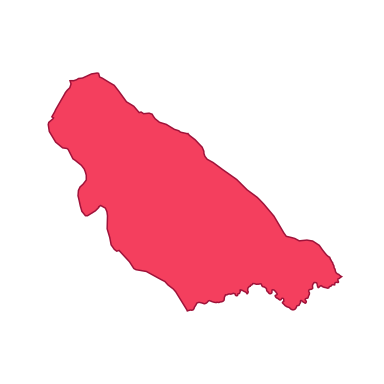 Kusmah, Raymah, Yemen, rotated 344°
{"feature_id": "15242507B80532474119851", "entity_name": "Kusmah", "entity_type": "district", "adm_level": 2, "iso_a3": "YEM", "parent_name": "Yemen", "parent_adm1": "Raymah", "projection": "robinson", "projection_center": [43.699, 14.546], "detail": "fine", "context": "isolated", "style": "filled", "palette": "rose", "viewbox_px": 384, "rotation_deg": 344, "n_neighbors": 0, "source": "geoboundaries", "source_scale": "gbopen_adm2", "svg_char_len": 6054}
<svg xmlns="http://www.w3.org/2000/svg" viewBox="0 0 384 384"><g transform="rotate(344 192 192)"><path d="M312.5,314.6L312.1,314.2L311.0,312.9L310.3,311.6L309.2,310.8L308.4,309.6L308.0,308.1L308.1,306.9L308.2,305.5L307.9,304.7L307.7,303.9L308.0,302.5L308.0,301.8L307.6,300.1L307.7,298.8L307.0,297.0L306.9,295.7L306.5,295.1L306.5,293.8L306.3,292.6L305.4,291.8L304.0,289.7L302.9,287.2L301.4,283.5L299.6,278.3L294.5,272.4L289.2,269.9L281.6,268.5L278.0,265.0L274.9,263.1L270.4,260.6L269.0,256.7L267.2,249.7L264.1,237.8L257.7,223.5L254.7,217.8L253.2,215.1L245.6,205.2L238.4,192.3L227.7,179.0L220.5,169.6L215.6,164.7L214.2,161.2L214.1,158.2L214.6,156.0L214.1,151.7L212.0,147.7L209.5,142.8L205.1,136.8L204.3,134.9L204.2,135.0L197.4,131.3L196.2,129.5L192.3,126.9L185.9,119.9L179.9,116.0L176.7,111.4L175.7,108.6L175.1,106.2L172.5,104.4L167.1,103.4L165.1,101.1L163.1,101.1L159.7,93.6L158.2,91.9L153.9,87.3L149.3,74.7L146.6,68.0L146.2,67.6L142.2,63.4L137.1,57.8L134.9,56.0L134.9,52.2L133.6,51.5L127.9,50.8L118.1,52.3L114.1,51.6L112.8,52.1L111.4,52.3L109.0,52.4L105.4,51.4L105.5,54.8L103.3,58.1L100.1,59.8L97.6,61.6L96.9,62.4L83.6,75.3L82.2,77.0L78.0,81.1L79.3,82.6L79.0,82.9L78.3,83.4L73.5,85.6L72.4,87.5L71.5,94.5L74.7,106.5L79.8,113.9L83.8,115.7L84.7,116.9L86.7,127.3L88.4,129.3L93.0,135.8L94.7,140.1L95.0,143.0L95.0,146.7L94.6,148.1L93.7,151.3L89.4,154.5L85.9,156.2L83.3,159.1L81.4,164.2L81.2,169.0L80.8,174.6L80.8,180.2L83.0,185.4L84.2,185.8L85.0,186.0L93.9,183.5L98.2,181.1L98.3,180.5L100.5,179.8L104.3,183.6L104.8,187.5L104.2,191.6L100.3,204.0L100.4,213.2L99.7,220.5L101.5,225.7L103.3,228.1L105.8,228.1L112.7,241.9L115.0,249.5L116.7,251.2L126.2,255.8L138.1,267.6L141.3,270.6L143.3,274.7L147.3,280.1L148.9,283.6L154.5,303.6L154.6,304.3L154.7,305.0L155.3,304.9L155.7,305.0L157.1,305.0L157.8,305.0L158.4,305.2L159.2,305.6L160.0,305.6L160.8,305.5L161.4,305.0L161.8,304.6L162.2,304.0L162.6,303.4L163.2,302.9L164.0,302.2L164.6,301.7L165.2,301.0L165.8,300.4L166.4,300.0L166.9,300.0L168.1,300.0L168.8,300.2L169.5,300.6L170.3,301.0L171.1,301.5L172.0,302.1L172.4,302.4L172.9,302.8L173.6,302.9L174.8,302.8L175.4,302.6L176.3,302.2L177.2,301.6L177.8,301.2L178.6,301.2L179.0,301.3L179.9,302.0L180.5,302.4L181.0,302.9L183.1,304.2L184.8,305.0L185.5,304.8L187.3,305.6L187.9,305.6L188.6,305.5L189.1,305.5L190.0,305.7L190.7,305.7L191.5,305.6L192.3,305.3L193.0,304.8L193.6,303.5L193.8,302.9L194.2,302.0L194.6,301.6L195.2,301.0L195.5,300.4L195.9,300.1L196.3,300.2L196.9,300.5L197.7,300.4L198.5,300.2L199.1,300.2L199.6,300.2L200.2,300.5L200.8,300.8L201.4,300.9L202.4,300.9L203.2,300.8L203.9,300.8L204.4,301.2L205.2,301.6L205.4,302.1L205.4,302.3L205.3,302.6L205.3,303.0L205.5,303.3L205.7,303.7L206.2,304.0L206.5,304.1L206.9,304.1L207.1,304.0L207.4,303.8L207.7,303.3L207.9,302.9L208.1,302.6L208.4,302.5L209.1,302.6L209.4,302.6L209.7,302.5L210.0,302.1L210.8,301.0L211.1,300.8L211.3,300.6L211.3,300.3L211.1,299.6L211.6,299.4L212.1,299.6L213.3,300.5L214.3,301.5L214.9,302.1L215.9,302.9L216.3,303.5L216.6,304.2L216.9,305.0L217.5,304.8L218.5,303.6L218.5,303.2L218.4,302.6L218.4,301.8L218.6,301.3L218.8,300.9L219.0,300.2L219.5,299.6L220.1,299.2L221.0,298.7L221.5,298.6L222.1,298.6L222.3,298.2L222.5,298.1L222.7,297.8L223.8,297.8L224.6,297.3L225.0,297.0L225.1,296.8L225.5,296.8L225.9,297.0L226.3,297.2L226.8,297.3L227.3,297.6L228.2,298.3L229.0,298.6L229.5,298.6L230.3,298.9L231.5,299.0L232.6,299.1L232.9,299.2L233.1,299.6L233.3,300.3L233.3,301.1L233.6,302.1L234.0,302.5L234.8,303.0L235.2,303.1L235.6,303.5L236.1,304.2L236.6,304.8L236.9,305.3L236.8,306.1L236.7,306.9L236.7,307.5L236.9,308.2L237.1,308.7L237.5,309.1L237.8,309.4L237.8,309.9L238.0,310.4L238.3,310.9L238.7,311.2L239.1,311.4L239.5,311.4L240.2,311.3L240.8,311.0L241.2,310.5L241.4,309.7L241.6,309.0L241.9,308.3L242.3,308.2L242.7,308.2L243.0,308.4L243.7,308.6L244.1,309.5L244.5,309.9L245.1,311.4L245.8,313.4L245.7,313.8L245.2,314.2L244.8,314.2L244.0,314.3L243.6,314.4L243.3,314.7L243.3,315.1L243.4,315.6L243.5,316.1L243.8,316.6L244.1,317.1L244.5,317.5L245.2,318.0L245.5,318.6L246.4,319.7L246.8,320.1L247.3,320.1L248.0,319.9L248.4,319.5L249.0,319.0L249.4,319.0L249.7,319.1L250.1,319.3L250.5,319.7L250.6,320.2L250.6,320.5L250.1,322.1L250.0,322.5L249.4,322.5L248.5,323.1L248.4,323.5L248.7,324.1L249.0,324.6L249.5,325.5L249.8,326.1L250.1,326.8L251.5,328.4L251.9,328.6L251.6,328.5L252.1,328.8L252.6,329.2L253.4,329.7L253.9,330.3L254.1,330.6L254.3,331.0L254.4,331.3L254.7,331.7L255.0,332.1L255.4,332.5L256.0,332.7L256.4,333.1L257.1,333.2L258.1,333.2L259.0,332.9L259.7,332.4L260.4,331.7L260.8,331.2L261.3,330.5L261.7,330.3L262.1,330.3L262.9,330.4L263.3,330.4L263.8,330.3L264.2,329.8L264.7,329.1L265.1,328.8L265.8,328.2L266.0,327.8L266.1,326.8L266.5,326.4L266.8,326.3L267.1,326.4L267.4,326.7L267.8,327.2L268.0,327.7L268.4,328.2L268.7,328.6L269.5,329.3L269.7,329.5L269.9,329.8L270.1,330.1L270.6,330.1L271.3,329.5L271.6,329.1L271.7,328.7L271.6,328.1L271.2,327.3L271.1,326.6L271.2,326.3L271.7,325.9L272.4,325.8L272.7,325.8L273.2,325.8L273.7,325.9L274.0,325.9L274.6,325.3L275.3,324.2L275.6,323.8L276.1,323.2L276.5,322.9L276.7,322.2L277.0,321.7L277.1,321.0L276.9,320.3L276.8,320.1L276.8,319.6L277.0,319.1L277.3,318.7L277.7,318.3L278.2,318.2L278.6,318.2L279.0,318.3L279.4,318.3L279.7,318.4L280.1,318.4L280.8,318.2L281.4,317.9L281.6,317.5L281.6,317.0L281.7,316.7L281.7,316.3L281.9,315.7L282.2,314.9L282.3,314.6L282.8,314.0L283.8,313.3L283.9,313.0L284.3,312.7L285.1,312.8L286.3,313.4L286.7,313.7L286.8,313.9L286.9,315.3L286.8,315.9L286.7,316.5L286.7,317.2L286.8,317.8L286.8,318.3L287.0,318.7L287.4,318.7L288.1,318.4L288.7,318.0L289.7,317.6L290.2,317.6L290.4,317.9L290.8,318.0L291.2,318.8L292.1,319.6L293.4,320.4L294.4,320.9L295.0,321.3L295.8,321.8L296.3,321.9L297.2,321.8L297.5,321.2L298.2,320.8L299.0,320.8L299.4,320.9L300.2,320.4L301.0,319.9L302.0,319.9L302.7,320.3L303.5,320.6L303.8,320.0L304.0,319.3L304.7,318.6L305.3,318.6L306.3,318.7L307.1,319.2L307.5,319.2L307.8,319.2L308.1,318.3L307.9,317.8L307.9,316.8L308.2,316.1L308.6,315.7L309.6,315.7L311.3,315.0L312.2,314.7L312.5,314.6Z" fill="#f43f5e" stroke="#9f1239" stroke-width="1.5"/></g></svg>